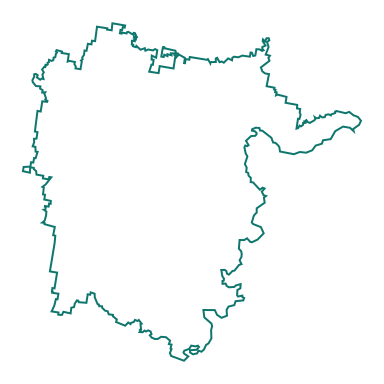 the district of Goulburn Mulwaree, New South Wales, Australia
{"feature_id": "25037944B47240806764449", "entity_name": "Goulburn Mulwaree", "entity_type": "district", "adm_level": 2, "iso_a3": "AUS", "parent_name": "Australia", "parent_adm1": "New South Wales", "projection": "albers", "projection_center": [149.879, -34.902], "detail": "fine", "context": "isolated", "style": "outline", "palette": "teal", "viewbox_px": 384, "rotation_deg": 0, "n_neighbors": 0, "source": "geoboundaries", "source_scale": "gbopen_adm2", "svg_char_len": 5773}
<svg xmlns="http://www.w3.org/2000/svg" viewBox="0 0 384 384"><path d="M263.0,39.4L262.7,41.2L265.5,45.6L262.3,47.0L262.3,48.8L263.6,50.2L262.1,50.9L259.7,49.4L256.4,49.2L255.3,55.5L253.2,56.0L251.9,52.7L250.6,52.5L249.8,56.7L242.4,55.6L238.3,57.3L234.0,56.7L232.4,57.7L232.0,60.3L228.1,58.4L223.8,62.7L221.7,61.5L219.6,62.2L217.1,57.8L215.8,58.5L215.8,62.0L210.5,62.1L210.3,63.3L207.9,59.1L206.9,59.8L189.8,57.0L189.3,59.7L185.6,59.1L185.0,63.2L184.1,63.1L184.9,57.9L178.9,54.5L177.3,56.2L177.8,53.5L176.1,53.2L175.4,50.7L164.8,48.3L164.6,47.5L163.9,47.0L163.6,47.0L164.3,48.4L162.7,48.2L161.3,56.6L163.7,57.0L164.3,54.7L167.4,56.1L167.4,54.2L171.5,55.3L171.0,53.3L174.3,53.4L174.4,54.9L175.5,55.2L173.5,68.5L159.7,66.1L158.6,73.1L149.2,71.7L151.5,64.6L152.9,64.8L153.6,59.8L151.6,59.6L151.8,55.6L156.1,57.7L157.3,50.2L155.1,49.1L152.9,50.4L148.1,49.5L145.4,50.7L144.8,48.2L140.5,49.7L136.4,45.9L135.9,47.2L132.9,46.2L133.2,44.7L131.8,44.5L132.0,40.8L134.6,41.2L134.2,40.0L135.8,39.8L136.1,38.2L133.8,37.8L134.1,36.5L136.7,36.9L134.9,33.1L133.7,32.9L133.4,34.8L128.4,31.9L127.1,32.1L126.6,33.4L121.8,32.6L121.6,33.6L119.9,33.3L120.5,29.9L122.1,30.2L122.8,27.2L124.7,27.6L125.1,25.5L112.4,23.3L111.7,30.3L107.1,29.6L107.3,28.3L97.0,26.7L95.1,41.1L92.0,40.7L91.4,44.4L87.9,43.8L86.5,50.8L84.5,50.5L84.0,54.9L82.2,57.6L82.6,59.3L81.0,60.5L81.8,61.4L80.5,69.2L75.5,68.4L75.8,66.7L74.4,64.0L74.9,62.0L69.5,60.9L67.7,61.6L68.8,54.1L61.7,53.0L62.0,51.6L56.6,50.1L55.9,51.4L57.0,52.7L55.9,53.8L55.3,57.2L53.6,57.6L53.4,60.1L51.6,60.9L49.0,59.9L48.9,62.1L47.5,62.8L47.8,64.3L46.5,65.3L44.8,64.4L45.6,65.3L45.2,67.1L44.1,66.9L42.1,69.6L43.8,72.3L42.4,74.7L43.5,79.0L41.7,78.6L40.2,79.7L36.9,77.4L37.7,75.2L35.8,73.9L34.2,74.3L34.2,76.8L32.4,80.2L32.8,82.2L35.9,86.0L40.4,86.4L40.1,88.6L42.6,90.1L42.2,92.5L45.2,92.3L44.3,93.6L46.0,98.1L45.3,99.4L47.5,101.0L47.0,101.9L42.3,101.3L40.7,111.5L37.5,110.9L34.9,131.5L37.5,132.1L36.5,138.6L34.0,138.8L34.2,142.1L32.7,146.4L35.4,146.8L35.6,151.6L37.6,151.9L35.6,158.2L34.1,158.0L33.3,162.6L31.1,162.2L30.4,166.6L23.6,167.0L23.0,171.2L29.9,172.7L30.2,167.3L33.8,167.9L33.9,169.2L36.1,171.0L36.5,174.6L43.3,175.8L42.9,178.4L48.8,179.4L49.3,177.0L51.3,177.3L45.7,184.4L42.4,186.9L43.8,187.6L43.0,194.4L45.0,194.8L44.3,199.5L50.8,200.9L50.7,202.9L50.6,203.8L49.1,203.5L48.6,206.6L45.0,206.0L44.9,206.8L45.8,207.0L45.3,209.7L44.0,209.8L46.4,211.6L46.0,215.9L44.6,220.7L42.2,222.6L44.5,222.9L44.5,224.2L54.8,227.0L53.2,235.2L55.3,235.7L54.6,243.2L49.9,271.4L57.1,272.6L54.5,288.4L52.4,288.0L51.9,291.5L52.6,291.6L52.3,292.8L58.4,293.7L57.5,299.3L55.9,299.1L54.3,305.7L51.6,311.4L58.5,312.5L58.2,314.6L59.9,314.9L62.0,314.9L63.4,311.8L70.6,313.4L71.3,307.7L74.0,307.1L74.8,303.6L76.9,300.4L78.3,300.7L78.7,302.2L86.4,302.8L87.7,294.3L90.2,294.7L90.7,292.4L94.6,293.7L94.8,297.5L97.7,304.3L98.9,304.5L99.2,306.2L102.1,306.3L102.2,307.8L105.0,310.6L107.7,311.3L108.7,314.3L113.0,314.9L112.9,316.3L116.8,319.4L116.1,322.0L125.2,325.7L128.2,322.5L130.5,324.1L131.0,322.9L133.9,321.9L135.0,319.9L137.5,321.0L138.8,320.0L141.6,323.7L140.5,324.1L141.0,328.8L140.1,329.7L140.9,330.0L139.6,332.0L142.7,332.2L144.5,330.6L146.0,331.5L148.2,330.4L150.5,331.4L151.5,334.1L149.8,335.3L151.7,337.6L154.9,339.0L157.9,338.9L161.1,336.8L166.0,337.2L170.1,340.7L168.9,344.1L171.5,344.6L170.5,348.6L171.5,349.1L169.9,353.0L171.2,356.0L184.0,360.7L188.3,356.4L184.2,353.7L183.5,352.3L184.3,350.7L189.2,348.9L191.3,345.6L195.3,346.4L197.9,345.7L199.0,347.0L196.5,349.8L190.0,350.2L190.1,352.5L193.0,354.3L197.1,353.4L198.5,350.7L201.5,351.7L204.0,349.5L206.0,345.0L208.5,343.4L211.4,338.4L211.1,330.2L212.1,326.3L211.5,323.6L204.3,317.4L203.4,310.0L214.8,310.1L217.1,314.9L221.6,317.8L227.0,315.7L226.6,309.9L228.5,306.6L234.3,305.1L235.6,301.2L243.3,300.4L244.1,297.9L242.4,297.1L242.3,295.6L238.0,296.5L237.1,295.3L237.4,290.0L240.4,288.3L240.6,284.1L235.7,285.5L234.4,286.9L229.0,287.3L226.7,286.0L225.7,283.6L222.5,283.8L222.5,280.9L223.7,280.7L224.0,278.7L222.4,276.3L221.3,270.0L224.8,269.9L226.4,271.1L227.0,273.7L228.9,274.6L232.5,271.0L234.5,270.6L239.0,265.0L241.5,264.1L239.6,260.3L241.5,256.8L241.7,253.7L241.1,251.2L238.9,248.7L239.6,240.0L244.2,240.1L247.0,238.3L250.4,242.0L252.0,242.2L257.7,239.5L263.7,233.3L260.9,227.1L253.2,224.1L251.8,222.5L253.9,215.5L256.7,212.5L256.7,208.3L264.7,202.7L263.9,197.5L266.0,196.0L263.5,195.1L261.8,191.7L264.6,188.5L262.6,187.7L259.8,189.7L253.1,182.4L250.7,182.1L250.8,177.8L248.5,175.6L248.3,173.1L246.1,171.9L246.7,167.7L244.9,164.1L247.4,156.4L245.7,153.5L244.4,147.3L245.3,145.5L247.1,146.2L248.6,145.2L246.0,140.8L251.0,136.1L255.3,135.8L256.6,134.2L256.5,132.8L254.7,131.2L251.9,130.6L252.1,129.3L255.6,127.7L259.4,128.0L260.0,130.5L262.3,130.7L271.4,137.8L273.1,142.5L275.5,142.9L277.8,145.0L279.3,147.0L280.0,151.5L293.9,154.2L299.8,152.0L306.1,152.7L312.2,150.3L315.6,145.6L321.9,143.7L323.0,140.3L330.7,139.1L335.2,131.2L343.0,126.6L350.0,127.8L353.6,131.1L353.1,129.1L359.1,124.8L361.0,120.8L357.9,116.9L353.5,115.3L349.2,111.9L345.7,113.2L335.5,110.8L336.3,111.4L335.1,111.7L335.1,113.1L331.4,114.3L330.9,115.4L328.4,114.3L325.6,115.0L324.8,117.1L322.1,117.4L320.0,115.7L319.1,117.9L316.2,118.3L314.9,117.3L315.4,118.8L314.5,120.2L309.9,122.9L307.8,122.1L306.3,120.1L305.4,120.8L305.7,121.7L304.4,121.6L305.1,122.9L303.1,123.0L303.1,124.8L301.0,126.4L299.6,125.6L298.1,128.1L296.5,128.6L298.0,118.8L299.4,119.0L300.6,114.8L299.7,112.4L300.2,109.0L297.0,108.4L297.2,104.9L285.6,102.8L286.5,96.9L277.5,94.6L276.1,95.3L276.6,92.3L275.1,92.1L275.5,89.8L274.1,89.5L274.5,87.7L266.6,86.2L269.0,74.1L265.0,73.4L262.3,71.3L260.9,67.4L269.5,60.8L268.4,58.0L269.9,55.7L265.7,54.6L268.6,47.0L267.0,42.0L269.3,40.4L268.7,38.2L266.5,38.3L265.1,41.4L263.0,39.4Z" fill="none" stroke="#0f766e" stroke-width="2"/></svg>